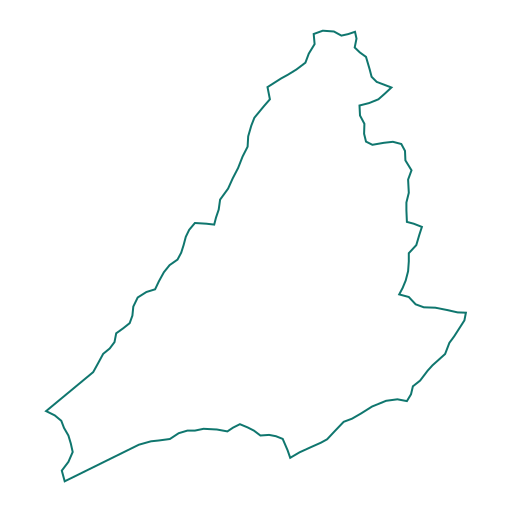 the district of São José de Caiana, Paraíba, Brazil
{"feature_id": "56859067B86107293637085", "entity_name": "São José de Caiana", "entity_type": "district", "adm_level": 2, "iso_a3": "BRA", "parent_name": "Brazil", "parent_adm1": "Paraíba", "projection": "orthographic", "projection_center": [-38.322, -7.247], "detail": "fine", "context": "isolated", "style": "outline", "palette": "teal", "viewbox_px": 512, "rotation_deg": 0, "n_neighbors": 0, "source": "geoboundaries", "source_scale": "gbopen_adm2", "svg_char_len": 1854}
<svg xmlns="http://www.w3.org/2000/svg" viewBox="0 0 512 512"><path d="M355.0,31.8L348.2,34.1L341.4,35.6L333.9,31.5L322.8,30.7L313.7,34.0L314.6,44.1L308.8,53.6L305.4,62.7L296.4,69.5L287.6,74.9L281.2,78.4L267.5,87.1L269.9,99.3L263.8,106.3L254.4,117.7L251.3,125.6L248.2,136.3L247.6,146.7L242.6,156.5L238.1,168.0L232.7,178.4L228.1,188.6L220.1,199.6L218.7,209.6L216.0,217.6L214.2,224.6L206.3,223.7L194.9,223.0L189.2,229.8L185.8,236.8L183.6,245.1L181.2,252.7L177.5,259.6L169.6,265.1L163.9,272.2L158.9,281.3L155.1,289.3L146.4,292.0L137.7,297.5L133.3,306.6L132.4,315.6L129.7,323.1L123.2,328.3L116.2,333.3L114.5,342.1L109.7,348.5L103.2,353.8L98.0,363.4L93.2,372.1L46.1,411.1L54.8,415.4L61.3,420.8L64.0,427.9L68.4,435.5L70.8,443.5L72.7,452.0L68.4,461.9L61.8,470.6L64.7,481.3L138.9,444.7L151.0,441.3L158.7,440.5L169.9,439.0L178.7,433.2L187.4,430.6L194.9,430.6L203.6,428.8L216.9,429.5L227.4,431.4L233.1,427.6L239.9,424.2L247.6,427.4L253.9,430.6L260.4,435.5L269.1,434.9L275.9,436.2L282.7,438.9L287.6,450.3L290.2,457.8L299.6,452.3L311.0,447.1L320.9,442.7L327.1,439.3L334.6,431.3L343.7,421.8L352.0,418.7L361.0,413.5L372.1,406.5L386.1,400.8L397.4,399.3L406.9,401.1L411.0,394.3L412.9,386.3L420.1,380.6L427.7,370.6L432.5,365.3L445.1,354.0L449.4,342.8L454.2,336.3L464.4,320.4L465.9,312.7L457.6,312.4L447.0,310.0L435.3,307.7L423.8,307.3L415.6,304.3L408.8,297.0L399.2,294.4L402.6,288.0L405.7,280.5L408.1,271.2L408.8,261.5L408.8,253.2L416.3,245.1L419.3,234.9L421.9,226.9L413.7,223.7L406.9,221.9L406.4,210.3L406.4,202.5L408.8,192.8L408.1,179.6L411.5,170.3L405.4,160.4L405.0,150.9L401.3,144.0L392.9,141.8L383.9,142.8L372.4,144.8L366.0,141.6L364.1,133.8L364.4,123.8L360.0,115.5L359.5,105.5L369.0,103.1L378.4,99.3L385.2,93.3L391.4,87.5L376.7,81.9L371.6,76.8L369.7,69.5L366.0,56.9L359.8,52.4L354.7,47.5L356.5,38.6L355.0,31.8Z" fill="none" stroke="#0f766e" stroke-width="2"/></svg>